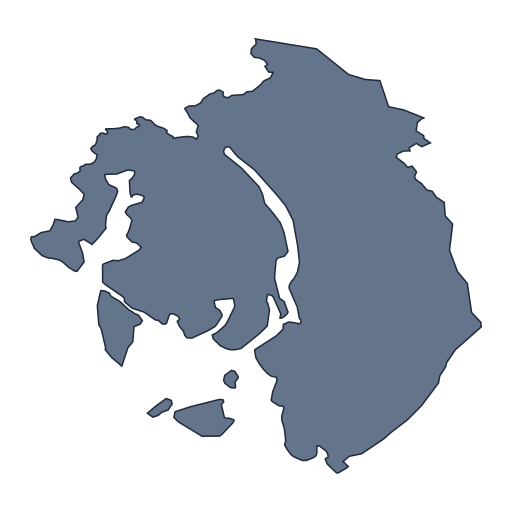 outline of Ketchikan Gateway, United States of America
{"feature_id": "52423323B88813000222889", "entity_name": "Ketchikan Gateway", "entity_type": "district", "adm_level": 2, "iso_a3": "USA", "parent_name": "United States of America", "parent_adm1": "", "projection": "robinson", "projection_center": [-131.311, 55.562], "detail": "fine", "context": "isolated", "style": "filled", "palette": "slate", "viewbox_px": 512, "rotation_deg": 0, "n_neighbors": 0, "source": "geoboundaries", "source_scale": "gbopen_adm2", "svg_char_len": 5712}
<svg xmlns="http://www.w3.org/2000/svg" viewBox="0 0 512 512"><path d="M31.5,236.7L30.7,238.6L31.3,241.3L34.4,248.4L41.4,255.0L42.8,255.9L48.1,258.0L51.4,258.2L59.1,260.0L62.5,261.8L68.3,267.1L74.0,270.8L77.0,271.4L84.1,262.0L82.4,252.4L78.9,243.1L78.8,241.5L83.7,239.3L92.1,244.4L98.6,237.5L106.0,228.2L105.5,224.5L106.6,215.0L108.9,211.7L116.0,196.2L117.7,191.6L116.6,188.2L108.7,184.5L105.8,179.6L104.6,174.8L106.3,174.3L116.7,174.0L128.1,169.9L134.3,171.0L134.7,171.9L134.4,174.8L131.8,178.5L129.4,180.5L130.0,192.4L131.0,196.7L131.9,197.0L132.7,195.7L133.9,194.8L136.5,194.2L141.6,195.2L144.2,196.9L144.1,197.9L142.2,202.2L131.1,205.5L128.2,207.2L125.3,211.9L126.7,214.4L130.7,218.1L131.8,220.5L129.6,228.5L128.1,232.5L126.6,234.9L126.7,236.2L127.1,237.0L131.8,241.9L135.4,242.7L137.7,243.7L141.2,247.3L139.1,250.1L125.3,258.6L118.5,260.7L113.0,260.3L103.3,264.1L102.5,265.3L102.7,282.1L105.9,285.0L123.4,297.1L124.4,298.6L124.5,301.2L125.2,302.4L132.1,308.2L144.1,312.1L155.1,319.8L158.8,320.7L162.1,323.9L164.9,324.2L166.5,323.4L169.2,315.1L170.3,313.9L173.5,313.9L177.9,316.2L179.8,319.0L177.2,321.4L179.6,326.5L183.4,331.3L184.8,335.4L186.8,337.7L187.5,337.9L191.9,338.1L207.3,331.0L214.5,326.9L215.8,325.7L221.8,316.6L222.0,314.6L219.9,310.5L215.4,307.3L214.2,302.1L214.4,300.7L218.3,299.7L232.5,298.4L233.5,298.9L234.6,304.7L234.7,306.7L226.8,322.8L224.9,325.5L217.2,332.4L212.2,335.0L213.3,338.9L220.2,345.7L225.8,348.5L230.8,349.8L235.3,349.7L241.0,348.5L258.9,334.1L267.2,326.1L269.5,310.0L267.9,303.9L267.3,302.5L266.5,301.9L266.8,298.4L267.6,294.5L271.7,295.4L273.3,297.1L280.8,313.9L279.9,318.0L281.6,318.2L284.3,316.5L287.0,314.1L288.0,312.1L284.1,301.5L279.6,298.3L274.5,278.1L276.0,260.8L277.6,258.0L284.4,256.2L288.0,251.4L284.0,232.4L280.2,222.6L273.5,213.7L265.0,203.7L264.5,202.6L262.5,194.2L259.1,186.8L241.6,168.2L224.5,154.4L223.6,151.6L224.1,149.6L225.4,147.4L226.8,146.9L229.6,146.9L235.4,154.2L238.6,157.5L254.3,169.6L276.3,194.3L285.6,205.7L293.1,220.4L297.6,245.6L299.5,262.3L297.4,272.1L294.0,278.6L291.5,281.2L289.5,284.8L289.0,287.6L289.5,289.3L297.3,307.2L299.4,318.6L300.9,319.8L300.9,322.6L299.6,323.8L291.7,322.3L288.7,322.0L283.3,324.4L283.1,329.1L276.5,335.7L254.8,349.7L254.6,350.1L255.8,357.3L256.2,358.5L258.1,361.6L259.3,363.7L263.0,368.8L267.6,373.6L270.9,376.0L276.8,377.5L276.9,381.4L276.3,382.4L272.8,391.5L271.2,400.1L272.1,401.4L278.8,405.7L283.1,406.4L284.0,407.5L281.7,416.5L281.9,420.5L284.4,428.9L285.7,440.8L284.5,444.9L287.5,449.9L290.9,454.5L293.8,456.8L300.9,459.9L303.3,460.6L306.9,460.3L313.1,457.8L316.1,455.7L316.8,453.1L317.0,445.7L319.8,446.2L326.2,451.2L327.4,453.1L328.2,456.3L328.0,457.1L325.2,458.9L327.2,464.0L336.3,472.7L337.8,473.1L346.1,468.3L348.3,466.5L343.1,461.5L349.3,456.3L361.6,453.8L383.6,439.0L391.1,432.4L407.7,419.6L421.3,405.9L438.5,383.0L439.8,375.7L445.5,367.2L446.7,362.5L455.4,349.7L481.3,326.9L480.7,322.1L471.6,312.5L467.3,283.4L457.4,271.5L449.5,250.2L452.6,224.1L445.2,215.9L444.2,202.8L444.3,202.5L436.1,197.0L432.4,191.4L426.8,189.9L421.4,183.5L415.8,179.5L414.5,176.9L416.5,171.9L412.2,166.1L407.5,167.4L404.3,163.4L396.3,157.5L397.3,153.9L403.6,151.0L410.0,150.9L409.1,147.8L416.3,143.4L421.7,146.7L430.4,142.9L424.0,138.6L423.7,135.7L416.1,130.8L417.4,122.5L422.6,118.1L424.5,118.2L403.5,109.9L388.6,106.7L379.9,80.6L365.3,79.5L348.6,74.5L316.7,48.9L255.4,38.9L255.8,39.6L256.1,44.2L251.5,48.6L250.9,53.5L254.3,57.4L259.6,57.9L264.6,60.5L267.7,64.4L264.9,66.3L268.0,71.0L268.8,72.1L271.7,72.3L272.5,71.9L273.1,72.9L272.4,73.8L270.4,77.8L264.0,80.8L260.4,84.9L252.5,91.3L247.0,91.7L243.3,94.6L231.8,95.4L228.2,97.7L224.1,96.9L223.0,94.6L223.2,92.1L219.4,90.0L216.5,90.6L214.6,92.7L209.7,94.1L206.2,96.7L203.4,98.5L200.6,103.0L195.4,105.7L188.6,106.1L184.7,108.5L186.3,111.2L187.6,113.1L189.8,117.5L194.3,121.9L196.7,123.7L198.2,126.0L197.5,127.8L196.3,132.1L198.3,136.0L196.4,139.3L193.3,137.1L187.2,136.4L180.7,137.1L176.8,137.6L173.4,138.4L173.0,136.5L169.6,135.0L166.5,132.6L167.2,130.7L164.3,128.6L161.3,127.4L157.4,126.3L154.2,124.1L152.2,121.9L150.8,120.4L145.8,119.8L142.3,117.1L139.7,116.9L136.6,118.1L135.0,118.8L134.7,119.3L135.2,120.0L136.1,120.1L137.1,121.9L136.7,123.5L139.5,124.9L138.6,126.5L136.7,127.2L134.4,129.5L130.3,129.3L128.7,127.4L124.6,126.7L119.4,128.1L113.2,128.8L109.6,128.7L107.5,128.9L105.7,128.9L105.7,129.7L107.5,131.7L107.4,133.3L105.9,134.2L104.6,133.6L102.8,133.0L100.1,133.5L99.3,135.1L97.4,136.4L97.0,137.9L97.2,139.8L96.3,142.1L96.0,143.7L95.1,145.1L93.2,145.8L90.8,148.6L91.7,150.6L94.3,152.9L97.2,154.9L96.7,156.9L96.2,159.3L93.7,162.5L90.2,164.3L87.2,164.2L84.6,164.6L83.8,165.9L81.2,166.3L79.8,167.9L80.2,170.9L77.3,173.2L74.5,173.7L70.5,178.0L71.6,182.3L79.0,188.9L84.2,194.3L82.7,199.8L75.7,207.5L78.1,217.2L75.3,220.9L68.0,221.8L64.8,221.0L55.0,219.2L53.0,225.2L49.9,230.8L41.1,232.6L34.5,236.6L31.5,236.7ZM97.3,305.7L98.9,325.0L101.2,328.8L105.7,348.2L105.2,349.1L105.4,349.9L111.6,357.5L121.8,366.1L127.9,347.8L132.8,341.8L134.0,326.8L140.2,324.1L142.4,320.7L138.5,315.2L134.8,313.6L128.5,309.5L119.7,301.3L111.9,296.8L110.2,295.3L109.6,293.4L109.2,293.0L104.9,291.0L101.0,290.5L100.6,291.2L97.3,305.7ZM174.9,412.1L173.9,417.4L178.4,421.9L201.9,436.2L219.7,436.1L222.2,434.1L233.0,422.7L234.0,420.6L234.1,420.2L233.5,419.7L229.5,418.2L226.4,418.3L224.4,417.6L221.4,404.6L223.7,401.8L223.1,399.8L219.6,399.4L190.5,406.7L175.7,411.5L174.9,412.1ZM147.4,413.2L152.9,417.2L158.5,415.2L161.7,412.3L168.0,410.1L172.1,404.1L171.3,400.4L166.2,398.5L154.9,406.8L147.4,413.2ZM224.7,375.4L223.6,380.4L224.9,383.3L230.4,387.6L235.1,388.0L235.6,386.9L235.1,381.9L238.0,378.1L238.2,376.6L234.9,371.4L231.6,370.3L224.7,375.4Z" fill="#64748b" stroke="#1e293b" stroke-width="1.5"/></svg>